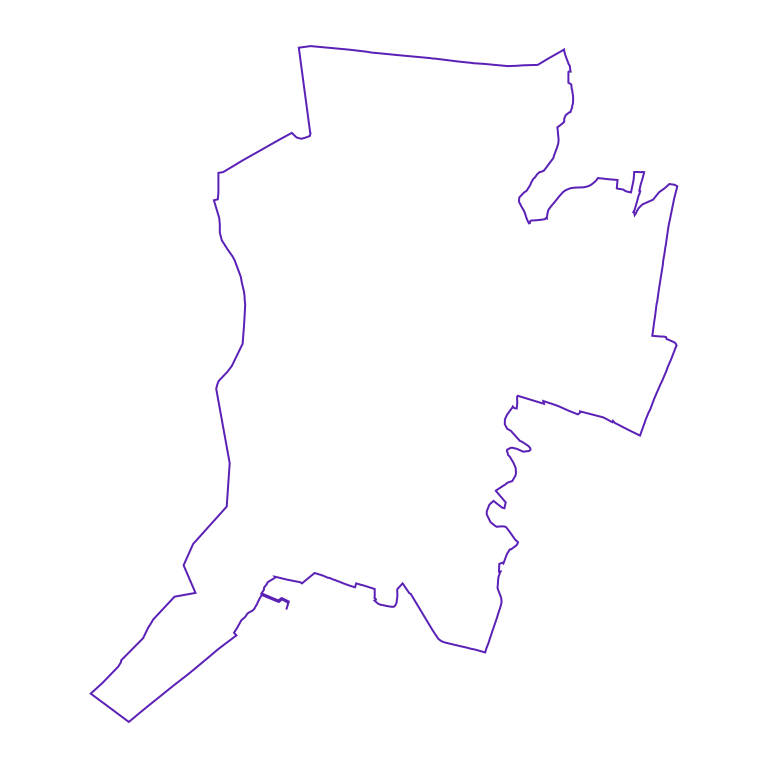 the district of Zacatepec, Morelos, Mexico
{"feature_id": "50627088B6511660519549", "entity_name": "Zacatepec", "entity_type": "district", "adm_level": 2, "iso_a3": "MEX", "parent_name": "Mexico", "parent_adm1": "Morelos", "projection": "orthographic", "projection_center": [-99.2, 18.65], "detail": "fine", "context": "isolated", "style": "outline", "palette": "violet", "viewbox_px": 768, "rotation_deg": 0, "n_neighbors": 0, "source": "geoboundaries", "source_scale": "gbopen_adm2", "svg_char_len": 6022}
<svg xmlns="http://www.w3.org/2000/svg" viewBox="0 0 768 768"><path d="M674.2,198.4L677.3,186.4L674.7,184.8L669.4,184.0L664.6,188.3L659.1,192.2L654.5,197.9L653.2,199.6L646.7,202.5L642.5,204.4L639.0,207.7L637.0,210.8L636.1,213.0L634.7,215.1L634.0,212.1L633.4,212.0L634.5,210.2L636.6,203.1L638.6,195.6L639.4,194.0L640.2,191.1L639.3,190.8L640.9,183.7L641.9,180.8L644.2,172.2L642.5,172.0L640.9,172.2L638.1,172.0L636.3,172.0L634.2,172.0L633.8,177.8L633.5,180.5L631.0,192.4L628.4,191.9L627.1,191.6L626.7,191.5L625.2,190.9L623.5,189.7L621.6,189.2L619.0,188.9L616.8,188.4L617.5,180.0L613.3,179.6L611.5,179.5L610.5,179.4L606.0,179.0L604.1,178.7L602.4,178.5L599.5,178.3L598.0,178.0L596.4,180.2L594.3,182.3L591.2,184.7L590.7,185.0L588.4,186.1L586.0,186.8L583.5,187.3L581.5,187.4L577.3,187.5L574.1,187.7L570.6,188.2L568.5,189.0L566.8,189.7L565.4,190.4L563.1,192.0L559.5,196.0L555.6,200.9L551.3,206.0L548.9,209.1L548.0,211.0L547.3,214.4L546.9,217.5L546.9,218.5L545.9,218.1L545.0,219.1L544.4,219.3L539.6,219.9L536.2,220.3L533.9,220.4L531.9,220.4L531.1,220.6L530.4,221.0L530.0,222.5L529.8,223.2L529.0,223.4L528.1,221.8L526.6,218.4L525.5,215.0L524.7,212.5L523.3,209.7L521.4,206.5L520.2,204.1L519.0,201.7L519.3,197.5L523.9,192.6L526.7,190.7L529.3,186.5L530.5,184.6L531.1,182.7L533.1,179.2L533.6,178.5L534.5,178.0L537.3,174.1L539.7,172.0L541.2,171.8L543.8,170.7L544.1,170.4L553.4,158.0L553.9,155.9L556.9,147.9L558.3,143.3L558.6,139.6L557.4,127.2L558.1,126.8L561.2,124.5L564.1,122.0L564.3,118.5L565.6,115.3L569.3,112.3L570.4,112.2L572.2,107.1L572.1,106.2L573.0,103.2L573.1,100.4L573.1,96.6L572.1,89.6L571.8,89.3L571.6,88.0L571.3,84.5L568.4,82.7L568.4,72.0L568.9,71.5L570.6,71.6L570.1,68.8L569.8,65.9L568.8,64.4L567.1,59.9L565.6,56.0L564.3,51.5L564.1,49.5L559.7,52.1L549.2,58.0L537.7,64.9L523.2,65.3L516.5,65.8L508.3,66.1L508.1,66.1L507.8,66.1L484.2,63.9L473.2,63.2L472.5,63.0L466.5,62.4L457.2,61.4L454.8,61.1L453.2,60.9L442.1,59.5L434.9,58.6L432.1,58.5L430.2,58.1L404.1,55.7L393.7,54.7L379.6,53.3L371.9,52.6L365.8,51.6L348.7,49.6L310.6,46.1L298.8,47.7L310.2,132.8L310.5,133.0L310.4,133.6L309.9,135.9L306.0,137.5L301.2,138.8L296.6,137.5L291.8,132.9L279.8,139.4L243.0,160.2L238.8,162.7L223.2,172.1L218.4,172.9L218.4,192.7L217.8,199.3L213.9,200.3L219.2,217.9L219.8,224.2L219.8,232.6L221.8,240.3L227.6,249.4L232.6,256.5L234.6,260.2L240.7,276.5L241.9,282.9L244.0,291.7L244.6,296.6L244.6,298.5L245.2,304.9L244.1,324.7L242.6,343.8L231.8,366.0L227.5,371.7L219.6,380.0L218.6,381.2L217.3,384.5L216.2,388.8L229.7,463.2L226.7,506.6L193.1,544.0L183.6,565.3L195.5,592.9L174.5,596.7L153.1,619.6L151.2,623.0L148.1,627.8L143.1,638.2L121.1,660.4L121.1,662.0L118.1,666.8L110.8,674.3L103.0,682.4L96.6,688.3L90.7,693.6L128.8,721.9L132.0,719.3L133.6,718.0L138.8,713.6L148.1,706.0L173.2,685.8L189.3,673.3L209.5,656.5L218.1,649.2L236.4,635.4L234.5,633.3L234.0,632.7L237.1,628.0L240.2,622.3L241.2,620.5L242.2,619.6L242.6,619.1L243.4,618.5L245.3,616.8L246.9,614.4L247.1,613.9L249.2,612.3L251.1,611.4L252.5,610.6L253.6,609.6L254.6,608.4L255.2,607.1L255.9,606.0L256.8,604.4L257.6,602.7L258.1,601.5L258.7,600.5L259.2,599.4L261.2,595.8L261.6,595.1L262.5,595.3L273.9,600.0L278.9,602.0L282.0,599.4L288.3,602.8L286.3,609.6L288.8,601.5L281.6,598.0L278.4,600.4L274.3,598.8L263.3,594.1L261.4,593.6L263.9,589.8L264.0,587.9L264.6,586.8L266.4,584.8L267.7,582.2L270.0,580.8L271.3,580.0L273.1,578.9L275.4,577.4L274.8,576.7L275.4,576.8L286.9,579.6L300.5,582.3L302.0,583.4L305.2,580.7L314.6,573.0L323.0,575.6L327.7,577.7L329.5,577.9L332.4,579.2L335.1,580.1L340.5,582.2L343.7,583.5L349.0,585.4L350.7,586.0L355.0,587.3L356.2,583.4L361.6,585.0L362.7,585.2L374.7,589.0L374.7,592.8L374.7,596.7L374.4,597.8L375.8,599.1L375.8,599.4L375.9,599.6L375.2,600.1L374.9,600.3L374.5,600.5L377.2,603.0L378.5,603.9L380.2,604.7L382.9,605.1L386.6,606.0L392.4,606.9L394.1,606.6L395.5,605.1L396.6,602.5L397.4,595.8L397.3,593.1L397.2,590.4L397.3,589.2L402.6,583.4L409.3,593.2L410.8,594.0L432.5,630.1L438.2,638.7L439.9,640.1L441.0,640.9L442.3,641.5L444.3,642.3L447.8,643.2L452.0,644.2L452.5,644.3L453.5,644.6L457.2,645.4L459.1,645.9L467.5,647.8L470.7,648.7L474.7,649.5L485.2,652.4L486.4,648.2L486.6,647.8L488.0,644.2L488.4,643.3L489.6,639.5L490.1,637.9L491.1,635.0L492.1,632.0L492.4,630.8L493.5,628.0L493.7,627.3L497.0,617.6L498.2,613.5L499.9,608.6L500.0,608.3L500.7,605.8L501.1,604.3L501.5,602.3L501.5,600.3L501.1,597.7L499.6,593.6L497.6,588.4L497.6,586.9L497.9,583.8L498.2,578.6L498.6,576.7L499.0,575.4L500.2,572.3L500.6,571.5L499.0,571.7L499.0,571.3L499.3,563.9L502.5,562.7L503.4,563.5L507.0,553.9L509.9,549.3L511.1,549.3L516.3,545.5L517.4,543.9L518.0,542.2L515.1,539.6L509.8,532.0L508.3,530.0L506.1,527.2L504.2,526.4L500.3,526.4L496.7,526.8L494.2,525.2L490.5,522.1L486.7,514.4L486.8,511.2L489.4,504.6L493.5,500.9L502.2,507.7L504.4,508.2L505.7,502.4L495.8,490.8L496.1,490.4L504.1,485.2L505.2,484.6L505.6,484.3L506.9,483.1L509.0,482.1L512.2,481.1L515.2,476.1L516.0,473.5L515.7,468.1L513.6,463.1L509.9,456.8L508.0,454.8L507.6,452.6L506.9,451.2L507.1,449.8L508.5,448.9L508.7,449.0L510.5,447.9L512.1,447.7L516.8,448.8L523.2,451.7L529.0,451.0L530.5,449.7L530.2,448.1L528.4,446.0L522.0,441.7L520.0,441.0L510.8,430.8L507.2,428.8L504.8,424.3L504.9,419.4L507.1,414.6L512.6,407.2L512.8,406.6L514.3,408.1L516.7,408.5L517.3,402.8L517.1,399.7L517.2,396.5L517.8,395.8L521.7,397.0L544.0,403.8L543.3,401.0L548.6,402.8L552.1,403.9L558.1,406.0L568.4,410.6L577.9,414.4L580.3,412.4L580.1,411.4L603.0,417.3L606.9,419.2L612.2,422.2L613.0,420.8L614.6,422.8L629.2,430.3L640.0,435.6L643.9,424.8L644.6,422.9L645.2,420.8L648.7,412.3L650.2,409.5L654.2,398.7L657.1,392.0L660.2,385.0L660.3,384.6L662.1,381.0L667.0,369.4L667.5,367.5L671.0,359.6L675.8,347.1L676.6,345.6L675.4,343.1L673.0,341.7L666.5,338.9L666.1,337.2L663.8,336.5L662.6,336.6L658.9,336.4L656.7,336.2L652.3,335.8L654.2,321.7L655.0,316.7L656.6,303.7L657.2,301.7L658.0,295.8L658.9,289.4L661.2,274.9L662.9,264.3L663.2,260.6L664.5,253.4L665.2,248.2L665.7,245.4L665.8,245.1L668.0,229.6L668.7,225.2L670.5,216.6L674.2,198.4Z" fill="none" stroke="#5b21b6" stroke-width="2"/></svg>